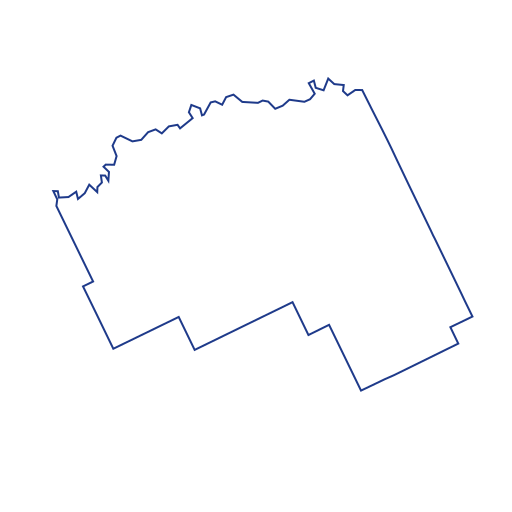 the district of Richland, Montana, United States of America, rotated 334°
{"feature_id": "52423323B43875780318183", "entity_name": "Richland", "entity_type": "district", "adm_level": 2, "iso_a3": "USA", "parent_name": "United States of America", "parent_adm1": "Montana", "projection": "mercator", "projection_center": [-104.546, 47.751], "detail": "fine", "context": "isolated", "style": "outline", "palette": "blue", "viewbox_px": 512, "rotation_deg": 334, "n_neighbors": 0, "source": "geoboundaries", "source_scale": "gbopen_adm2", "svg_char_len": 1337}
<svg xmlns="http://www.w3.org/2000/svg" viewBox="0 0 512 512"><g transform="rotate(334 256 256)"><path d="M98.5,123.5L98.4,207.5L87.2,207.5L87.2,240.2L87.1,276.8L159.8,276.9L159.7,313.5L268.6,313.5L268.5,350.0L291.5,349.9L291.4,423.0L317.7,423.2L327.6,423.6L399.4,423.4L399.5,405.2L424.0,405.3L424.0,405.2L424.0,388.0L424.1,379.3L424.2,352.4L424.3,318.9L424.2,315.1L424.3,309.8L424.5,258.5L424.5,258.4L424.7,234.8L424.7,233.9L424.7,232.7L424.9,218.6L424.9,209.9L424.8,197.8L424.4,173.1L424.4,171.0L424.3,163.8L424.2,154.8L424.2,153.4L418.0,150.3L408.7,151.7L406.5,145.9L409.8,140.8L401.7,135.8L398.7,128.2L389.4,136.7L383.4,131.0L384.9,123.7L379.2,123.8L379.9,135.9L373.3,138.8L367.1,138.6L354.5,130.2L345.9,132.6L337.8,132.1L334.7,122.6L330.1,119.2L324.9,119.2L311.2,111.5L306.5,101.1L298.8,100.1L291.9,105.2L287.1,99.1L282.6,98.1L271.3,106.1L269.1,105.9L270.5,98.8L264.1,91.9L258.7,97.4L259.5,104.3L243.7,108.0L243.0,103.7L234.5,101.3L225.1,104.5L221.3,98.2L213.3,97.4L203.8,101.3L195.2,98.8L187.0,88.4L182.4,88.5L175.4,94.0L174.5,105.1L168.5,111.8L161.0,108.0L158.1,108.9L160.7,116.0L156.3,123.6L155.7,117.6L151.9,115.6L149.7,122.4L143.7,124.5L141.3,129.0L137.4,118.8L129.6,124.5L121.0,126.7L122.6,119.4L113.3,120.8L104.5,117.1L106.3,110.9L102.3,108.8L102.2,118.0L98.5,123.5Z" fill="none" stroke="#1e3a8a" stroke-width="2"/></g></svg>